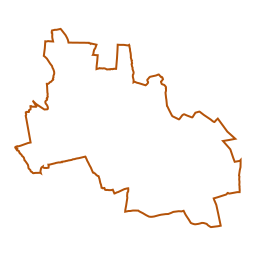 outline of Ciocani, Vaslui, Romania
{"feature_id": "2599482B54838124288595", "entity_name": "Ciocani", "entity_type": "district", "adm_level": 2, "iso_a3": "ROU", "parent_name": "Romania", "parent_adm1": "Vaslui", "projection": "natural_earth1", "projection_center": [27.58, 46.249], "detail": "fine", "context": "isolated", "style": "outline", "palette": "amber", "viewbox_px": 256, "rotation_deg": 0, "n_neighbors": 0, "source": "geoboundaries", "source_scale": "gbopen_adm2", "svg_char_len": 5596}
<svg xmlns="http://www.w3.org/2000/svg" viewBox="0 0 256 256"><path d="M125.2,211.7L128.6,211.0L130.2,211.0L133.1,210.5L138.3,210.6L139.3,211.4L142.7,213.1L146.2,215.2L149.0,216.6L150.4,216.8L151.9,216.8L154.1,216.5L159.3,215.1L161.2,214.7L165.6,214.1L168.2,214.0L170.9,213.0L173.3,211.9L178.8,211.2L181.5,211.4L183.6,210.8L185.4,214.4L186.4,216.0L188.8,219.6L190.2,221.9L190.6,222.6L190.8,222.9L192.3,223.6L194.3,224.2L195.4,224.3L198.2,223.9L199.9,223.5L201.9,222.9L203.7,223.0L206.7,223.9L207.7,225.0L208.3,225.5L210.5,226.9L211.0,227.1L218.2,226.2L220.7,225.7L218.2,213.6L216.3,204.9L214.1,199.7L213.7,198.4L217.5,197.3L224.0,195.2L226.0,194.6L227.0,193.8L227.5,193.0L227.7,192.9L227.9,192.9L228.5,193.4L229.1,193.5L229.9,193.5L237.4,192.1L239.6,192.1L239.7,190.3L239.5,186.9L239.6,186.3L239.4,185.5L239.3,184.9L239.5,181.9L239.2,179.4L239.4,176.4L239.0,175.6L239.8,170.1L240.5,167.2L240.6,163.0L240.6,160.0L239.9,160.8L239.1,161.0L234.7,161.8L233.2,157.8L230.3,149.3L223.0,141.0L229.6,139.9L235.3,138.8L227.3,131.6L217.8,118.6L216.3,120.0L214.5,122.0L213.9,121.9L212.7,121.2L210.8,119.6L203.8,114.9L199.8,111.8L199.3,111.6L195.4,112.7L192.6,117.1L192.1,117.4L190.9,117.0L186.7,115.4L184.3,114.3L183.9,114.3L182.6,115.0L182.1,115.5L179.4,119.1L179.1,119.3L178.7,119.3L172.4,116.2L171.7,115.1L169.0,109.8L168.2,108.1L167.3,106.2L167.0,106.0L166.4,99.9L166.1,98.1L165.6,93.7L165.5,92.6L166.0,90.8L166.0,90.0L166.0,88.4L165.8,88.1L166.0,87.6L165.8,86.7L164.4,85.1L163.9,84.8L162.3,84.3L161.7,83.9L161.0,82.0L161.0,81.6L161.9,80.7L163.0,79.2L162.4,77.6L162.0,77.1L161.8,77.0L161.7,77.2L161.7,77.4L160.9,76.9L158.8,74.5L158.4,74.5L156.0,75.5L150.1,76.8L149.1,77.6L148.5,78.5L147.5,79.5L147.3,79.9L147.3,80.3L147.5,80.9L148.1,82.1L148.0,82.8L147.2,83.9L145.9,85.1L145.6,85.3L138.9,83.2L136.8,82.7L134.8,81.8L134.4,81.8L134.0,82.0L133.5,82.3L133.6,80.3L133.5,79.5L132.9,77.1L132.8,76.2L132.9,74.8L133.3,74.3L133.6,73.0L133.6,72.2L133.3,71.2L133.0,70.5L132.9,70.0L132.6,69.5L132.6,68.9L132.5,68.1L132.6,67.7L132.0,66.3L131.9,65.8L131.9,65.4L131.6,64.3L131.8,64.2L131.9,63.5L132.1,63.3L131.6,60.8L131.9,60.5L131.4,59.6L130.8,57.4L130.9,56.2L130.7,53.9L130.6,53.1L130.1,50.9L130.0,49.0L129.4,46.6L129.5,46.0L129.1,44.9L128.5,45.3L127.5,45.4L124.1,44.9L120.4,44.9L117.7,44.7L117.5,49.8L117.0,58.2L116.1,68.9L115.3,68.9L114.1,68.7L113.6,69.0L113.0,68.9L112.4,69.2L112.0,69.1L111.0,69.0L110.6,69.1L110.2,69.4L109.7,69.2L109.4,69.4L107.9,69.3L107.1,69.5L106.8,69.4L105.3,68.6L104.1,68.3L103.3,68.3L102.8,68.5L101.1,68.3L100.1,68.4L99.7,68.1L99.4,68.2L98.5,68.6L98.0,68.6L96.5,69.1L96.6,66.4L97.2,61.2L97.7,55.2L95.7,55.1L93.8,54.9L92.9,54.9L93.3,54.1L93.7,51.6L94.2,49.8L94.3,49.4L95.1,48.6L96.5,44.7L90.6,43.4L90.5,43.7L90.1,43.4L89.0,43.1L88.9,42.8L68.5,42.6L68.0,40.2L67.2,38.2L65.6,35.2L61.3,29.7L60.6,28.9L56.5,29.8L54.8,29.8L53.0,30.3L52.1,30.4L51.8,31.2L51.7,32.3L51.8,33.0L52.2,33.1L52.3,34.6L52.2,36.5L52.3,37.8L52.6,39.3L53.1,41.5L49.6,41.3L48.2,41.1L47.5,41.2L46.7,41.5L45.3,41.3L44.8,48.4L43.8,55.9L44.9,56.7L46.9,58.6L50.2,63.7L52.0,66.0L52.5,67.8L53.1,68.8L53.5,69.8L54.1,71.6L54.2,72.6L54.2,73.7L54.1,74.2L53.6,75.4L53.4,76.2L53.4,76.8L53.5,77.3L53.0,78.2L53.1,78.5L52.9,78.8L53.0,79.4L53.2,79.6L53.1,79.8L51.9,80.7L51.3,81.6L49.6,82.4L49.4,82.8L49.2,83.1L48.3,83.8L46.8,83.8L46.8,84.0L47.2,84.3L47.0,84.9L47.0,85.8L47.1,86.3L47.4,92.8L47.5,92.9L47.6,93.3L47.7,94.0L47.5,95.7L47.8,96.8L47.2,97.5L47.2,98.2L46.8,98.2L46.7,98.5L47.1,99.4L46.9,100.0L46.3,100.4L45.6,101.1L45.4,101.5L45.3,102.1L45.7,103.6L46.2,104.1L46.9,105.1L47.2,105.5L47.6,106.8L47.8,107.0L47.9,108.1L47.8,108.8L47.7,109.0L47.3,109.3L45.8,109.4L44.4,109.5L37.1,104.7L35.7,103.7L33.3,101.3L33.2,101.5L33.7,102.1L35.9,105.6L36.5,106.2L36.4,106.4L36.1,106.8L33.5,106.7L32.3,106.7L31.6,106.4L31.0,106.0L30.4,106.2L30.6,107.0L30.6,108.5L30.5,109.4L29.1,110.1L28.9,110.4L29.0,111.8L28.8,112.0L26.6,111.9L25.8,112.3L25.8,112.6L25.8,113.2L26.2,114.1L26.0,115.3L25.9,115.6L25.7,115.8L26.3,118.7L30.6,142.5L28.1,143.0L20.6,145.7L17.7,146.5L17.3,146.2L16.0,146.7L16.2,146.9L16.3,147.3L15.8,147.4L15.8,147.6L15.4,147.8L15.7,148.3L16.4,148.4L17.3,148.8L17.2,149.2L16.5,149.4L17.0,150.2L17.3,150.5L17.8,150.5L18.7,150.9L19.1,151.4L19.3,152.6L19.9,153.0L20.0,153.2L20.0,153.5L20.7,154.0L20.9,154.3L21.4,154.6L22.1,156.0L23.2,156.8L23.9,157.8L24.4,159.6L24.4,160.0L24.6,160.4L24.9,160.5L26.2,162.3L27.9,164.8L28.4,166.9L28.4,167.8L28.7,168.5L30.3,170.0L30.7,171.2L31.3,171.8L32.1,172.1L32.8,173.0L33.3,173.2L35.5,172.9L39.9,172.8L40.5,172.9L40.8,173.1L40.5,172.1L40.5,171.0L41.0,168.6L41.4,167.7L41.6,167.4L42.6,166.7L42.5,167.1L44.2,167.9L46.5,168.0L48.5,167.7L48.6,167.2L48.7,165.8L48.5,165.4L48.4,164.7L49.0,164.7L50.0,164.5L55.3,163.2L55.7,163.0L56.6,162.8L58.8,162.4L60.0,162.5L61.1,162.2L61.8,162.2L61.8,161.8L62.3,161.7L64.0,161.5L65.6,161.2L65.9,161.0L67.3,160.8L69.0,160.3L69.5,160.3L71.7,159.9L72.9,159.3L74.7,159.1L75.8,158.7L77.2,158.4L78.7,158.2L85.3,156.6L85.7,157.1L85.7,157.5L86.3,158.5L87.2,160.7L88.4,162.9L89.6,165.4L90.8,167.5L92.9,172.5L93.3,172.5L93.7,172.6L93.9,173.0L94.4,173.2L94.7,173.3L95.7,174.2L96.1,174.8L96.4,174.9L97.5,175.9L98.5,176.1L98.7,176.4L99.1,178.0L99.4,178.6L100.3,182.9L101.0,184.7L101.6,187.8L102.6,187.9L102.9,188.3L104.4,188.0L105.0,189.6L105.3,189.9L105.6,189.9L106.3,190.0L107.3,189.9L108.7,190.1L111.3,190.1L112.8,189.7L114.4,193.5L114.5,193.5L115.3,193.2L116.8,192.4L118.0,192.1L124.4,189.1L127.2,188.4L128.2,188.3L128.3,189.7L128.1,191.7L127.4,192.5L127.1,196.0L127.1,196.4L127.3,197.0L127.3,198.0L126.1,205.8L125.3,210.0L125.2,211.7Z" fill="none" stroke="#b45309" stroke-width="2"/></svg>